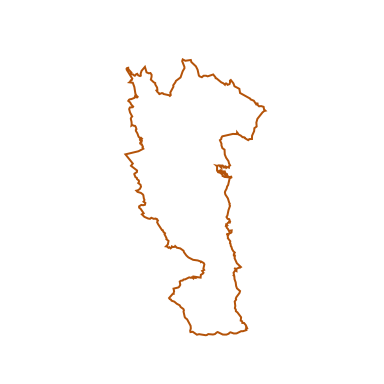 Balta, Mehedinti, Romania, rotated 217°
{"feature_id": "2599482B81880640406541", "entity_name": "Balta", "entity_type": "district", "adm_level": 2, "iso_a3": "ROU", "parent_name": "Romania", "parent_adm1": "Mehedinti", "projection": "natural_earth1", "projection_center": [22.605, 44.92], "detail": "fine", "context": "isolated", "style": "outline", "palette": "amber", "viewbox_px": 384, "rotation_deg": 217, "n_neighbors": 0, "source": "geoboundaries", "source_scale": "gbopen_adm2", "svg_char_len": 6094}
<svg xmlns="http://www.w3.org/2000/svg" viewBox="0 0 384 384"><g transform="rotate(217 192 192)"><path d="M270.7,295.4L272.4,296.7L276.3,292.8L279.2,292.3L278.6,290.6L273.4,287.4L272.5,286.3L272.1,282.8L270.1,276.6L271.7,271.0L271.3,269.6L271.2,265.9L270.2,264.9L269.2,258.4L267.3,256.6L267.5,255.4L268.5,255.5L273.8,253.1L274.8,253.3L275.7,252.7L276.9,250.6L277.5,250.6L278.1,251.1L279.4,251.0L281.5,251.7L281.0,252.6L282.7,254.4L286.1,255.8L287.0,256.9L288.4,256.6L292.5,257.0L293.6,259.6L294.8,261.3L296.8,262.0L297.9,260.8L300.3,260.2L304.9,263.6L305.2,258.4L304.2,255.6L302.9,254.1L303.3,253.3L305.1,252.8L306.9,253.4L307.5,252.3L307.5,250.7L307.9,250.3L309.7,250.4L312.0,249.3L312.4,249.4L312.3,250.9L316.8,251.8L317.7,252.8L318.4,252.0L318.5,251.2L317.8,250.4L307.9,246.6L307.5,245.0L308.1,244.4L307.8,242.7L308.0,241.9L305.0,243.6L301.3,241.2L296.4,236.5L294.3,235.5L292.7,235.3L292.7,234.6L293.3,234.2L295.2,234.4L294.6,232.6L296.4,229.6L297.3,228.8L297.8,227.8L297.7,226.4L295.2,226.3L293.2,225.3L290.4,224.8L290.4,224.0L292.5,222.1L292.1,220.4L289.3,218.2L285.2,216.3L285.4,215.3L285.0,213.7L282.5,211.6L281.0,209.9L280.3,208.6L279.9,209.6L278.3,209.9L277.3,210.5L276.3,210.2L274.2,208.8L274.2,207.7L273.5,207.0L271.0,206.0L267.9,204.0L266.3,203.8L265.5,204.6L264.7,204.5L265.5,203.6L265.4,203.2L265.2,202.9L263.4,203.3L263.0,202.9L264.1,202.0L262.5,201.4L262.9,199.9L262.6,199.6L262.1,199.9L261.0,199.4L260.7,199.8L258.5,198.6L258.4,197.9L256.9,197.3L259.3,192.3L267.8,182.0L256.4,179.1L256.5,176.2L248.8,176.1L248.0,174.8L249.0,171.9L248.7,171.4L246.0,169.8L244.6,170.1L243.6,169.2L241.4,169.2L240.4,168.2L240.3,166.8L237.5,166.8L235.9,165.5L235.5,163.0L236.3,160.7L237.2,159.6L235.6,159.3L232.3,160.5L230.0,160.5L229.0,160.2L226.4,157.7L225.5,157.3L224.8,156.2L224.9,155.1L222.7,155.2L221.9,153.5L223.1,152.0L224.7,151.2L225.6,148.7L224.8,147.7L222.7,147.6L217.8,145.9L218.6,144.0L215.1,143.5L211.1,144.4L209.4,145.3L209.0,146.9L206.3,147.6L205.1,148.9L203.8,149.2L203.7,148.8L202.1,148.8L201.7,146.9L199.7,145.9L193.0,143.5L192.5,143.9L190.7,142.9L188.7,142.8L188.6,141.8L184.4,139.7L184.1,138.9L181.3,138.8L179.7,135.5L180.0,133.0L179.3,133.4L177.2,133.3L176.8,134.3L175.2,134.1L174.9,135.4L175.3,136.4L174.1,136.6L172.8,137.8L172.9,138.7L170.6,138.4L167.4,139.9L163.4,140.0L162.2,139.1L158.3,137.9L155.5,137.6L150.3,138.5L146.2,140.8L143.3,141.7L142.8,141.4L142.6,142.0L139.9,142.3L138.6,141.7L136.8,137.7L135.4,137.1L136.4,135.1L134.2,134.4L134.2,133.4L135.1,131.2L133.6,128.8L140.1,125.3L139.9,124.8L138.6,124.8L139.4,124.3L139.1,123.8L140.8,123.8L141.1,122.9L142.9,122.1L144.9,118.1L146.1,117.0L146.2,115.7L147.5,114.4L147.9,113.1L145.5,110.8L145.2,108.6L145.5,107.5L148.6,103.7L146.5,101.9L145.8,99.9L145.4,99.7L146.1,98.8L146.5,93.5L145.3,93.1L144.1,93.4L142.9,92.9L140.1,93.8L136.9,93.6L133.7,94.1L131.8,93.3L128.5,93.4L127.3,92.7L126.8,91.4L122.6,87.8L121.4,87.4L119.3,87.4L112.6,84.3L110.9,82.4L109.9,80.0L108.9,79.2L107.3,80.8L102.2,81.0L100.8,82.7L94.8,85.9L94.1,86.7L93.5,88.3L89.5,90.8L88.2,92.3L87.7,94.7L87.2,95.6L81.6,96.7L78.7,98.8L77.4,100.9L77.3,102.2L76.8,103.1L73.4,104.2L71.3,105.9L69.0,110.4L67.6,111.4L65.5,114.4L66.4,115.0L66.1,115.6L67.0,116.3L66.4,116.6L68.8,118.0L71.6,118.7L73.0,117.7L74.1,118.9L75.7,118.6L77.4,121.5L83.3,123.2L85.2,123.2L86.2,124.4L87.9,125.1L88.8,127.0L92.0,130.3L92.0,132.6L92.9,133.3L93.3,134.9L93.3,139.9L94.0,141.8L98.1,142.1L100.2,143.5L102.7,146.1L105.6,148.0L107.6,150.3L108.6,150.4L108.6,151.1L110.2,152.5L110.3,154.9L110.0,155.4L108.9,155.6L109.3,156.1L110.1,156.6L112.5,156.6L110.8,157.0L110.1,157.6L109.1,159.7L108.5,160.2L108.8,160.7L108.5,161.2L108.0,160.9L107.8,161.5L113.3,162.1L118.2,164.8L119.1,166.4L120.0,166.4L119.9,167.1L120.7,167.0L121.2,167.5L121.4,169.4L123.1,169.5L125.5,170.4L127.6,172.0L128.3,172.1L130.2,173.9L130.9,174.0L131.8,175.7L135.6,176.7L135.7,177.1L136.7,178.0L137.3,179.0L137.8,179.4L138.4,179.2L138.6,179.7L137.8,180.2L137.2,180.0L137.5,181.8L137.1,181.7L136.5,182.4L136.2,183.5L137.2,185.2L138.6,183.8L138.7,183.0L141.3,184.2L142.8,184.4L143.8,185.2L143.7,185.8L144.5,185.3L145.2,186.8L144.6,187.0L144.8,188.7L144.5,189.6L143.4,190.3L143.7,191.2L144.7,191.2L144.8,192.0L146.0,192.7L147.4,192.0L149.4,192.8L149.6,194.6L151.9,199.4L153.3,203.8L154.4,204.4L154.8,205.4L155.8,205.8L159.5,208.5L163.9,210.1L165.4,211.4L165.9,212.4L166.4,215.6L167.3,217.6L167.3,219.2L169.9,225.0L170.1,225.6L169.3,227.3L169.9,227.8L172.0,225.5L175.3,223.5L176.0,223.7L177.1,223.2L177.6,223.8L179.3,224.3L181.0,224.3L183.1,223.5L183.7,224.1L181.2,225.7L178.7,225.5L178.6,226.0L177.9,226.2L174.6,225.5L172.3,225.7L172.4,226.2L175.1,226.1L175.3,226.2L174.6,227.1L174.9,227.3L175.6,226.7L178.2,228.1L178.4,227.6L178.2,227.3L178.5,227.1L179.2,227.4L180.5,226.6L182.0,226.6L181.9,226.1L183.0,225.5L182.9,224.8L184.3,224.0L185.1,224.4L187.4,227.6L188.3,227.7L187.6,228.0L186.9,229.2L185.7,230.0L185.2,229.6L185.4,229.4L183.0,229.0L183.9,230.2L183.8,230.8L184.3,230.9L183.7,231.4L182.9,230.5L183.1,230.8L182.6,231.4L181.1,230.8L180.6,231.5L181.3,231.9L180.7,232.6L179.2,231.8L179.1,232.3L179.6,232.8L177.2,233.7L178.0,234.8L177.6,236.2L179.5,237.0L181.5,238.6L185.4,239.9L188.4,241.7L191.5,245.4L194.1,245.3L196.6,247.0L197.5,248.3L200.9,250.2L200.5,251.9L201.2,253.1L201.3,254.7L194.3,263.0L191.4,265.0L191.6,265.9L191.3,266.2L191.7,266.7L190.5,266.4L190.2,265.8L186.9,266.4L184.6,266.2L183.6,267.0L182.4,267.2L182.2,266.8L177.8,267.3L177.5,267.3L178.1,267.6L178.1,268.7L176.0,270.4L177.9,273.1L179.0,278.0L180.6,280.5L179.8,283.2L182.4,286.2L183.8,289.8L183.6,297.9L183.1,300.1L182.3,301.1L184.1,301.3L186.1,303.1L188.5,302.2L190.0,300.8L192.0,301.0L192.9,302.1L193.5,301.8L193.6,300.7L197.6,302.1L201.0,301.2L201.7,301.6L213.2,300.0L216.3,302.9L221.7,302.0L224.3,303.7L228.4,304.8L228.7,303.8L227.5,302.3L227.0,300.7L228.1,299.0L229.5,299.4L230.2,299.2L230.5,298.2L230.3,297.5L232.3,297.7L234.6,297.2L241.0,297.5L241.6,297.1L242.5,297.8L245.8,298.6L249.1,293.8L250.8,293.3L252.7,291.8L253.2,289.6L255.7,288.9L256.8,289.3L261.1,293.0L264.5,294.7L270.7,295.4Z" fill="none" stroke="#b45309" stroke-width="2"/></g></svg>